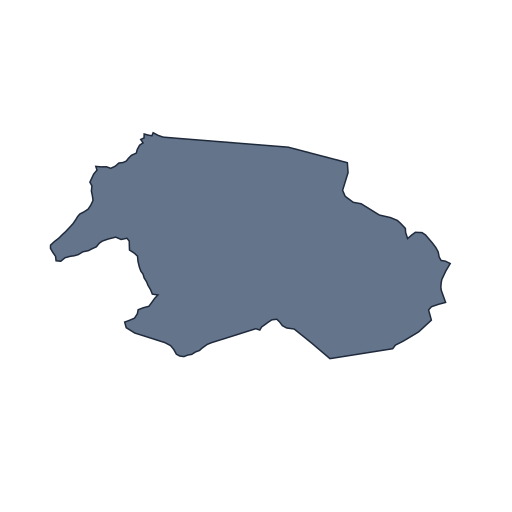 Caraúbas, Paraíba, Brazil, rotated 294°
{"feature_id": "56859067B97216442550612", "entity_name": "Caraúbas", "entity_type": "district", "adm_level": 2, "iso_a3": "BRA", "parent_name": "Brazil", "parent_adm1": "Paraíba", "projection": "natural_earth1", "projection_center": [-36.523, -7.775], "detail": "fine", "context": "isolated", "style": "filled", "palette": "slate", "viewbox_px": 512, "rotation_deg": 294, "n_neighbors": 0, "source": "geoboundaries", "source_scale": "gbopen_adm2", "svg_char_len": 2004}
<svg xmlns="http://www.w3.org/2000/svg" viewBox="0 0 512 512"><g transform="rotate(294 256 256)"><path d="M326.8,122.7L326.4,117.4L326.8,111.9L323.5,112.0L322.6,108.4L322.0,104.2L318.3,105.7L315.6,103.3L313.4,106.8L309.9,104.6L305.0,104.2L301.3,104.8L297.3,101.2L293.3,99.7L290.0,98.9L287.3,96.5L285.2,92.9L280.8,90.9L277.0,87.6L276.7,83.1L274.4,78.2L272.7,73.2L269.8,75.8L264.8,74.4L255.9,74.2L253.3,77.6L248.4,79.2L244.5,82.0L240.5,84.5L235.4,84.4L230.6,83.6L226.6,81.1L222.8,78.0L219.5,77.0L216.2,76.6L211.2,75.7L205.0,73.6L200.9,72.2L197.3,70.6L192.1,68.6L186.9,65.8L182.4,63.9L179.4,65.1L176.7,68.8L174.2,73.0L170.3,75.3L171.8,79.8L176.7,82.2L180.2,86.5L182.3,89.9L185.0,93.1L189.4,96.1L192.6,100.6L196.3,103.6L199.4,106.4L203.9,107.6L207.2,109.6L211.4,114.1L216.2,120.2L216.2,126.0L219.7,130.9L218.1,134.1L214.3,135.9L210.0,138.0L209.1,143.6L207.7,147.8L203.2,150.3L198.5,153.9L195.2,157.1L193.6,160.1L190.5,162.7L187.8,166.7L185.3,169.2L182.3,173.4L179.0,176.8L180.5,182.2L175.9,180.6L171.3,179.7L166.5,178.6L163.0,174.2L159.0,170.2L155.0,171.1L149.8,170.3L145.5,166.3L142.2,162.9L137.7,166.6L136.3,176.6L139.8,208.0L139.4,214.4L137.2,218.8L133.9,223.2L133.6,227.1L134.8,231.1L137.7,233.9L140.0,237.3L143.8,239.8L146.7,242.8L149.9,244.2L155.4,247.4L158.9,250.8L189.5,285.4L189.9,289.6L193.5,290.0L197.3,292.3L200.2,293.9L204.1,296.4L206.7,300.7L205.3,304.5L203.1,308.4L202.7,313.2L204.8,320.6L199.0,342.5L192.3,365.3L226.9,418.6L231.3,419.6L238.2,425.2L252.9,435.5L268.7,442.3L271.7,439.9L276.9,435.6L281.0,436.9L286.2,442.5L290.7,448.1L299.9,439.3L302.8,437.5L306.8,436.1L310.1,435.3L319.5,435.5L328.1,436.5L328.3,431.0L327.2,426.9L329.6,423.7L333.8,420.8L336.9,416.8L339.7,411.7L344.2,402.3L344.9,398.1L342.5,392.0L338.7,389.8L333.6,387.4L338.4,383.1L342.0,381.2L344.6,374.9L346.0,370.7L345.8,363.2L343.6,352.0L346.5,330.8L345.6,327.1L344.6,322.9L346.8,313.2L351.2,308.4L369.6,306.2L378.4,301.5L368.5,241.1L332.0,137.6L326.8,122.7Z" fill="#64748b" stroke="#1e293b" stroke-width="1.5"/></g></svg>